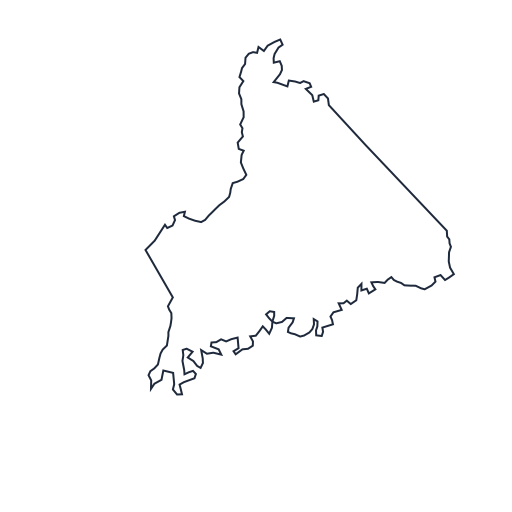 outline of Espigão Alto do Iguaçu, Paraná, Brazil, rotated 46°
{"feature_id": "56859067B3703545459584", "entity_name": "Espigão Alto do Iguaçu", "entity_type": "district", "adm_level": 2, "iso_a3": "BRA", "parent_name": "Brazil", "parent_adm1": "Paraná", "projection": "natural_earth1", "projection_center": [-52.784, -25.384], "detail": "fine", "context": "isolated", "style": "outline", "palette": "slate", "viewbox_px": 512, "rotation_deg": 46, "n_neighbors": 0, "source": "geoboundaries", "source_scale": "gbopen_adm2", "svg_char_len": 2963}
<svg xmlns="http://www.w3.org/2000/svg" viewBox="0 0 512 512"><g transform="rotate(46 256 256)"><path d="M198.1,98.8L192.7,94.8L186.6,94.7L184.2,99.5L187.3,103.0L185.1,107.2L179.4,103.8L170.4,104.1L172.6,98.8L169.0,97.4L163.3,100.3L162.2,104.1L157.6,106.7L152.6,110.5L155.8,115.6L146.2,120.3L143.2,122.5L141.9,112.5L140.2,108.1L137.1,105.4L132.4,103.6L129.3,108.9L125.9,105.9L123.6,102.3L121.7,95.0L122.5,90.1L117.1,88.2L114.9,93.9L112.8,101.5L114.0,107.9L107.4,109.0L110.6,114.1L107.3,116.5L105.5,120.7L106.1,125.8L110.3,130.5L111.1,135.5L113.1,138.7L115.8,143.6L121.4,143.6L123.1,150.7L127.3,155.3L133.0,157.6L136.7,161.1L143.4,164.5L147.6,168.5L150.4,176.0L154.7,177.0L157.1,180.2L160.9,182.4L161.7,190.4L167.0,194.0L171.7,191.7L173.3,196.1L178.2,201.9L183.8,204.2L190.9,206.6L191.8,211.7L189.7,217.7L187.4,222.1L190.3,227.7L192.7,230.7L194.8,234.3L194.8,240.9L194.0,247.0L194.0,252.5L194.1,257.6L194.1,261.8L194.7,267.5L193.5,271.9L188.2,275.4L182.4,278.3L177.2,280.2L174.8,276.4L171.7,281.1L170.4,287.5L173.9,289.3L176.1,294.9L174.2,300.4L170.3,299.8L174.6,318.2L174.9,331.3L228.0,344.6L231.0,354.3L234.3,355.7L238.3,356.6L242.1,360.0L244.5,363.0L246.8,366.1L249.9,371.9L252.7,374.6L258.5,382.3L258.5,388.1L259.8,392.3L262.2,396.3L265.9,401.9L266.2,407.3L265.5,412.0L267.1,416.1L272.7,417.8L278.6,423.8L277.3,417.8L279.4,410.0L274.0,402.2L282.5,396.8L291.4,403.9L294.3,408.5L300.8,409.0L304.1,405.3L299.3,402.5L295.4,400.3L296.7,395.4L301.2,385.2L299.1,381.2L294.9,381.1L293.0,385.0L291.4,389.6L288.2,386.9L280.4,381.8L276.9,377.2L272.7,374.0L274.5,370.3L280.8,368.1L281.6,375.6L288.1,374.0L294.2,374.7L298.0,373.6L296.1,368.5L292.7,365.5L285.6,360.8L292.2,359.2L295.9,353.9L302.8,349.5L297.2,347.7L289.6,351.2L287.3,348.1L290.4,344.4L291.7,339.0L296.7,336.8L298.7,331.5L301.9,325.9L310.2,332.6L308.9,338.3L312.6,338.9L313.7,330.6L317.2,326.2L318.3,320.6L315.3,317.5L309.8,316.0L313.2,311.5L312.4,305.6L311.3,300.0L315.3,300.0L321.1,300.5L318.7,294.4L314.6,289.8L318.5,288.2L321.5,283.1L321.8,277.0L327.2,272.0L329.2,275.8L330.2,282.4L332.8,285.8L336.0,284.5L339.2,282.4L344.6,280.2L346.6,276.7L348.1,270.7L347.7,266.2L345.5,261.8L341.5,258.3L345.8,257.2L349.2,260.7L351.2,264.5L354.9,267.8L359.2,264.3L357.1,260.4L353.6,258.0L356.0,253.2L358.6,248.1L354.9,245.8L351.3,244.5L350.3,239.4L354.3,231.8L347.5,229.4L350.8,225.9L351.2,221.7L356.4,221.2L357.5,214.6L353.9,209.9L349.5,204.8L349.3,199.5L354.0,204.1L356.5,199.0L361.3,200.8L362.9,193.3L359.0,192.6L355.1,191.3L359.3,186.4L364.7,182.2L364.5,177.7L365.2,173.3L369.0,173.5L372.3,172.4L376.1,170.4L380.2,169.6L384.1,166.0L388.3,161.8L393.9,159.7L397.1,157.8L399.2,150.2L399.1,144.7L395.3,142.4L397.9,136.5L404.6,136.7L405.6,132.1L406.5,126.3L399.2,124.5L393.9,121.2L387.4,114.5L384.8,109.4L381.4,108.0L378.3,105.4L374.8,105.0L370.4,101.2L252.4,100.1L198.1,98.8ZM314.6,289.8L309.8,289.8L305.0,289.3L305.3,284.5L308.9,281.8L311.7,284.5L314.6,289.8Z" fill="none" stroke="#1e293b" stroke-width="2"/></g></svg>